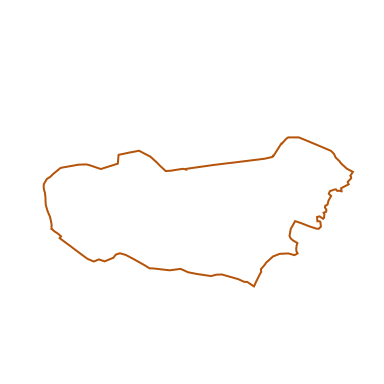 Fuamah, Bong, Liberia (orthographic projection), rotated 37°
{"feature_id": "62588387B99058243343156", "entity_name": "Fuamah", "entity_type": "district", "adm_level": 2, "iso_a3": "LBR", "parent_name": "Liberia", "parent_adm1": "Bong", "projection": "orthographic", "projection_center": [-10.257, 6.963], "detail": "fine", "context": "isolated", "style": "outline", "palette": "amber", "viewbox_px": 384, "rotation_deg": 37, "n_neighbors": 0, "source": "geoboundaries", "source_scale": "gbopen_adm2", "svg_char_len": 2826}
<svg xmlns="http://www.w3.org/2000/svg" viewBox="0 0 384 384"><g transform="rotate(37 192 192)"><path d="M234.2,99.3L234.4,102.2L235.4,114.7L235.1,114.9L234.8,114.8L234.8,115.0L234.9,115.9L229.8,121.9L211.9,139.2L205.6,145.3L204.4,146.4L193.2,157.2L175.5,174.9L173.3,177.2L173.8,177.6L170.7,179.0L162.3,187.7L158.4,191.1L157.6,191.0L150.5,190.3L146.3,189.6L137.5,188.8L129.2,190.2L124.9,190.9L124.4,191.4L121.1,195.1L117.6,198.9L116.7,200.0L114.7,202.3L111.4,206.0L111.0,206.5L113.4,210.4L113.9,211.1L115.7,214.0L107.2,225.9L106.9,226.3L105.4,228.5L93.9,232.3L91.1,233.5L89.1,235.1L85.0,238.4L73.0,251.3L72.3,252.7L72.2,253.2L72.0,253.9L71.9,254.6L70.3,261.0L69.7,265.1L68.2,269.1L68.7,272.7L68.8,273.5L68.9,274.9L70.4,277.1L71.9,278.8L72.8,279.5L74.7,280.9L77.2,283.4L78.5,284.9L79.3,285.8L80.3,287.2L83.1,290.4L87.2,293.5L90.2,295.4L93.4,297.2L95.6,299.0L98.5,301.6L99.7,302.7L100.5,303.9L102.0,306.2L103.2,305.8L103.6,306.1L106.0,306.2L110.6,305.9L111.3,306.0L114.1,306.2L114.0,308.5L127.5,308.4L133.0,308.4L138.5,308.4L148.4,308.3L148.7,308.3L155.4,306.6L158.2,301.9L160.6,301.1L161.0,301.0L164.0,299.9L168.5,292.3L168.8,291.9L168.8,291.3L168.8,287.9L169.2,287.3L171.3,284.3L173.9,283.3L177.1,282.1L180.2,281.6L185.7,280.7L196.8,279.2L199.5,278.9L204.0,278.5L207.2,276.3L207.5,276.1L208.5,275.5L221.1,268.1L222.3,267.0L229.1,260.3L233.3,259.3L237.0,258.5L238.5,257.8L245.1,254.6L255.2,249.1L257.8,247.7L261.1,243.5L262.5,242.3L265.5,239.9L272.2,237.3L276.8,235.5L278.0,235.1L281.2,233.8L287.8,232.3L290.2,230.6L298.3,230.1L297.4,225.9L297.2,225.0L295.9,218.0L295.3,214.1L293.5,212.1L293.9,206.1L293.7,204.0L295.3,195.8L295.3,195.4L295.5,194.7L299.2,188.7L301.3,186.9L305.9,183.1L311.8,180.8L313.3,177.5L310.8,176.3L309.2,174.3L307.5,171.2L306.9,169.3L301.8,169.9L298.7,169.7L296.2,168.3L294.8,165.4L293.1,162.1L291.9,153.2L297.5,151.3L299.3,150.8L307.4,148.5L312.5,146.7L313.4,146.4L314.4,145.7L315.3,145.2L315.8,142.2L315.6,141.9L315.3,141.5L312.3,138.5L311.1,138.9L310.5,139.2L309.8,139.9L308.2,138.2L306.9,136.8L308.5,134.7L312.8,134.5L313.0,133.1L312.8,132.8L311.7,131.0L311.1,130.1L309.6,129.4L311.0,127.0L310.8,126.6L309.9,125.2L307.5,124.4L307.2,123.8L307.0,123.2L306.8,122.9L306.7,122.6L307.3,121.9L307.8,120.5L306.2,116.7L305.8,113.8L305.5,111.4L304.7,111.4L303.6,111.3L302.3,111.1L301.6,108.4L304.1,104.5L304.7,103.9L305.3,103.3L307.3,103.7L309.0,102.3L309.1,102.2L311.0,101.5L310.8,101.0L310.2,100.5L308.8,99.3L311.3,94.0L312.3,92.1L312.5,91.5L311.5,91.1L310.9,90.8L310.3,90.3L310.5,88.3L310.8,85.7L310.8,85.1L309.8,84.1L308.7,83.8L308.4,79.1L301.7,80.2L300.6,80.1L294.1,79.5L294.0,79.4L293.4,79.4L291.6,78.7L285.9,78.0L282.5,76.1L278.3,75.5L262.6,79.4L261.8,79.6L244.5,84.1L236.1,90.4L235.9,90.6L235.9,91.0L235.2,92.7L234.7,99.2L234.4,99.2L234.2,99.3Z" fill="none" stroke="#b45309" stroke-width="2"/></g></svg>